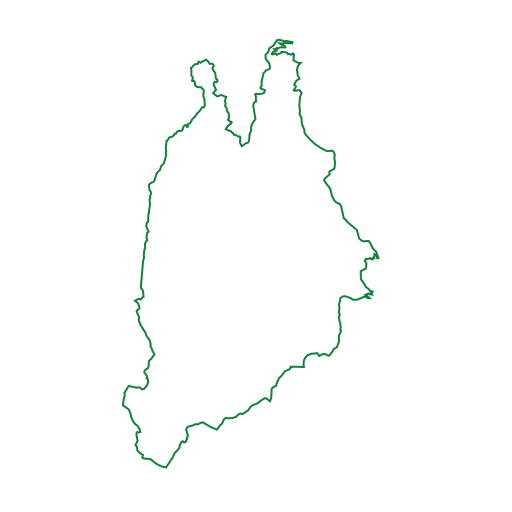 outline of Lunca Cernii De Jos, Hunedoara, Romania, rotated 274°
{"feature_id": "2599482B2454497174187", "entity_name": "Lunca Cernii De Jos", "entity_type": "district", "adm_level": 2, "iso_a3": "ROU", "parent_name": "Romania", "parent_adm1": "Hunedoara", "projection": "orthographic", "projection_center": [22.6, 45.635], "detail": "fine", "context": "isolated", "style": "outline", "palette": "green", "viewbox_px": 512, "rotation_deg": 274, "n_neighbors": 0, "source": "geoboundaries", "source_scale": "gbopen_adm2", "svg_char_len": 6100}
<svg xmlns="http://www.w3.org/2000/svg" viewBox="0 0 512 512"><g transform="rotate(274 256 256)"><path d="M278.9,367.2L278.1,362.2L278.9,360.1L280.7,357.6L288.8,354.9L296.6,344.4L298.1,343.4L299.8,341.0L311.9,337.3L313.9,335.7L314.8,332.7L316.5,330.6L320.8,327.8L328.5,325.2L333.9,320.4L336.5,318.6L337.7,318.9L342.6,323.8L344.8,323.2L346.1,324.3L348.2,327.7L349.4,328.2L355.0,328.3L358.9,327.3L362.6,327.5L365.2,326.3L366.4,324.6L365.7,321.2L365.7,319.0L368.3,313.1L371.9,306.8L376.4,301.3L381.0,296.7L382.6,295.7L384.8,295.6L391.3,292.4L396.9,291.8L400.4,289.6L404.5,289.7L408.8,288.7L417.6,288.8L421.8,290.1L424.5,287.8L423.5,282.9L424.1,282.0L427.1,283.9L428.3,283.8L429.6,282.2L430.7,282.6L433.9,284.2L435.8,287.0L439.0,285.1L444.6,283.9L448.7,284.6L451.6,287.1L451.6,284.6L453.8,279.7L459.7,279.8L460.2,279.5L460.7,278.4L459.7,278.0L459.3,276.5L459.9,275.3L459.6,273.8L460.4,273.4L461.3,271.4L461.4,267.2L460.5,267.2L458.1,262.6L459.4,261.6L458.2,258.3L458.4,257.7L459.5,257.9L461.1,259.3L461.9,261.4L463.6,259.9L463.6,260.9L463.1,261.9L463.3,262.5L464.4,261.8L464.9,262.1L464.9,263.6L466.1,266.6L465.9,267.6L466.2,270.8L466.9,270.5L468.3,268.4L469.0,265.7L469.9,264.8L469.6,267.2L470.3,269.0L470.7,277.3L472.1,277.3L472.0,275.4L472.7,271.3L472.1,268.8L472.7,267.7L473.3,263.5L472.7,261.8L467.3,258.8L464.1,254.8L459.9,253.8L457.5,251.5L453.5,251.8L449.0,255.9L444.9,256.8L443.5,256.4L441.9,253.1L438.7,250.7L429.7,249.3L426.6,249.9L424.9,248.8L423.7,248.8L423.3,249.2L422.1,253.3L420.4,253.1L419.3,252.6L418.2,250.4L417.7,248.0L417.7,244.7L417.3,243.9L414.7,244.9L411.7,244.9L410.3,245.4L409.3,243.8L407.9,243.0L405.4,242.8L392.6,245.9L389.6,244.0L384.9,242.1L381.3,242.4L376.8,241.1L369.8,241.0L368.3,239.8L367.9,238.4L364.5,234.1L368.1,232.1L372.5,232.1L374.0,231.6L374.0,230.2L375.2,227.4L375.5,225.3L377.0,224.5L377.7,223.1L379.0,221.9L379.1,220.2L380.4,217.0L383.9,218.9L385.9,221.5L387.7,222.4L388.0,222.2L387.9,221.0L389.0,220.3L389.9,218.6L392.1,219.5L396.1,218.9L397.9,217.5L402.0,216.0L403.5,214.7L406.6,215.1L408.3,214.1L412.7,215.2L412.8,213.6L413.5,212.5L414.2,210.0L412.7,206.9L412.6,206.0L415.5,201.9L419.0,204.6L423.5,202.0L425.3,201.7L426.8,202.6L426.5,203.7L426.7,204.7L428.4,205.4L429.2,205.0L430.3,203.6L435.7,202.6L439.3,199.7L440.7,199.6L442.6,200.6L444.0,200.0L444.8,198.7L444.4,196.4L447.0,194.5L448.2,192.6L446.1,188.6L444.9,187.2L445.9,185.1L443.6,184.5L443.1,182.0L441.5,180.1L439.9,179.2L439.2,178.0L436.0,178.7L431.7,178.8L430.1,180.3L428.1,180.5L426.4,179.9L426.0,180.6L426.3,181.7L426.0,182.4L423.7,183.3L422.8,182.9L421.9,183.5L420.7,185.1L420.4,186.1L420.5,189.7L419.3,190.5L418.5,191.9L416.3,192.5L413.7,192.1L410.6,192.6L409.5,193.5L402.2,194.5L400.7,193.5L400.6,191.9L396.7,189.7L393.8,187.0L392.6,186.8L391.7,185.8L390.1,185.0L388.5,183.1L384.7,181.5L383.8,180.7L382.8,179.0L380.2,179.0L380.0,178.1L381.6,177.2L381.6,176.1L380.4,174.8L376.2,173.7L375.5,172.2L375.5,170.4L375.1,169.4L373.7,168.0L372.6,167.8L372.2,166.2L370.7,165.9L369.0,163.7L368.3,161.3L365.0,159.5L364.6,158.7L356.9,158.5L355.1,159.1L352.3,158.8L350.6,159.4L343.1,157.9L341.8,157.4L339.1,155.2L334.8,154.0L333.6,152.6L330.9,151.0L324.2,149.4L322.6,148.4L321.5,146.0L319.8,144.4L318.8,144.3L314.2,145.2L313.1,146.3L311.2,147.0L308.8,146.2L306.6,146.4L304.5,145.8L300.5,146.7L287.8,145.7L283.8,146.1L282.4,145.9L281.8,144.9L278.5,144.4L275.0,145.8L272.8,147.2L271.1,145.7L266.7,145.5L264.2,146.5L262.7,145.1L259.9,144.4L257.2,144.9L253.4,144.1L249.1,144.0L246.9,144.4L242.9,143.7L216.5,143.3L213.4,145.7L207.4,146.7L207.0,145.8L204.5,143.9L205.1,142.0L202.9,138.4L201.0,141.2L196.8,143.4L194.9,142.9L193.9,141.5L192.6,140.7L186.5,143.7L184.5,143.5L182.3,144.0L180.6,145.3L179.6,145.3L171.5,151.2L169.1,152.1L164.6,155.8L160.9,157.0L158.3,157.1L157.3,158.0L154.3,159.3L150.8,161.5L145.9,158.5L144.0,156.6L136.9,156.4L134.3,153.2L133.2,152.6L131.9,152.9L128.4,155.9L126.4,155.4L125.4,156.8L122.2,157.1L119.7,156.5L115.7,153.7L115.0,151.8L116.8,149.0L116.4,145.3L117.0,142.1L117.0,140.3L117.7,138.8L117.2,137.9L110.3,134.3L107.5,134.9L105.3,134.1L97.8,133.7L94.4,139.2L93.3,140.2L90.3,141.7L86.4,142.8L82.2,145.1L79.7,147.4L78.9,149.1L75.6,151.8L72.4,152.9L71.9,152.0L72.0,149.6L71.6,149.3L69.2,149.2L63.4,150.8L59.1,149.0L57.1,150.7L53.7,151.2L52.6,152.4L52.4,153.2L51.5,153.5L49.6,157.2L46.9,156.6L46.2,157.9L46.1,164.9L45.2,165.6L45.0,166.7L44.2,167.2L41.4,171.8L39.6,176.1L38.7,180.9L48.5,186.6L53.6,188.6L58.1,192.3L60.1,193.1L61.4,192.9L65.4,194.7L65.9,195.3L65.9,196.3L65.0,197.1L65.6,198.9L66.9,199.0L68.6,200.1L69.4,199.7L71.9,200.6L78.1,198.4L80.8,199.7L82.7,205.2L84.0,207.2L84.0,209.8L85.2,211.5L86.4,214.5L82.1,223.0L80.1,228.9L81.7,230.3L84.5,231.8L86.5,233.9L90.8,235.4L92.2,236.9L92.5,237.5L92.1,239.6L92.7,243.9L94.2,247.4L96.3,249.0L97.8,251.6L97.4,253.6L101.4,258.9L105.3,261.1L107.8,264.8L109.2,268.0L111.9,270.7L114.9,274.8L114.5,276.4L112.1,280.1L115.4,281.1L124.7,280.9L126.7,282.9L127.8,285.0L131.8,285.9L135.7,287.5L138.8,290.3L142.9,292.7L145.5,297.6L148.0,298.4L147.5,299.6L148.2,300.8L148.6,311.5L152.0,310.9L155.3,311.1L158.4,312.5L160.5,314.2L162.3,317.9L163.0,322.7L163.4,323.5L163.0,324.3L160.7,326.1L162.7,329.3L163.1,331.7L161.5,335.3L162.0,336.3L165.9,338.8L168.6,340.0L170.6,343.1L176.5,344.7L182.3,344.3L186.7,345.9L189.0,345.2L190.7,345.6L194.1,344.7L195.1,344.9L196.3,344.0L201.3,342.8L202.7,343.6L204.1,343.4L205.4,342.5L210.3,342.9L212.8,342.2L219.9,343.2L221.7,345.2L222.1,347.6L220.7,353.3L219.1,355.9L219.5,360.0L221.6,364.4L223.0,366.5L222.5,369.4L221.7,370.7L221.8,372.3L224.8,368.7L224.6,367.9L224.9,367.7L226.4,370.9L226.2,371.7L225.7,372.0L225.6,374.7L226.2,374.4L226.7,372.6L227.7,374.6L228.7,374.8L229.1,372.4L230.9,370.8L232.7,367.9L235.9,365.9L240.1,362.3L248.1,361.5L251.2,366.5L256.2,366.7L258.7,364.9L259.5,365.7L260.7,365.6L260.9,368.2L261.6,369.3L261.7,370.7L260.9,370.9L260.8,372.4L261.7,372.3L262.1,373.2L261.8,373.5L262.0,374.0L263.1,373.6L264.0,374.2L266.0,374.0L264.3,376.6L262.5,376.7L262.1,377.7L262.5,378.3L269.1,375.3L269.9,373.9L272.5,371.4L277.2,369.0L278.9,367.2Z" fill="none" stroke="#15803d" stroke-width="2"/></g></svg>